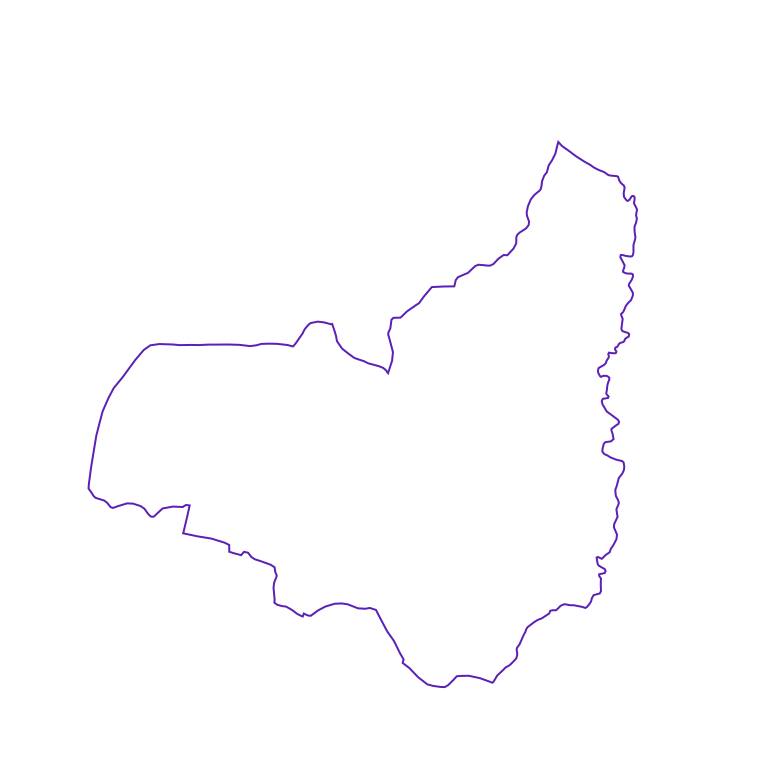 Binh Long, Bình Phước, Vietnam, rotated 105°
{"feature_id": "81297802B43417057118199", "entity_name": "Binh Long", "entity_type": "district", "adm_level": 2, "iso_a3": "VNM", "parent_name": "Vietnam", "parent_adm1": "Bình Phước", "projection": "mercator", "projection_center": [106.575, 11.671], "detail": "fine", "context": "isolated", "style": "outline", "palette": "violet", "viewbox_px": 768, "rotation_deg": 105, "n_neighbors": 0, "source": "geoboundaries", "source_scale": "gbopen_adm2", "svg_char_len": 5290}
<svg xmlns="http://www.w3.org/2000/svg" viewBox="0 0 768 768"><g transform="rotate(105 384 384)"><path d="M548.0,134.9L548.2,131.5L546.8,130.2L543.9,128.9L540.5,127.7L537.2,127.8L533.7,126.9L530.5,121.4L527.9,120.8L521.4,122.8L515.7,124.1L513.7,126.5L512.1,126.9L509.5,121.9L507.4,121.5L505.6,122.9L504.9,125.9L503.8,129.8L502.1,131.3L496.6,133.7L495.7,132.5L496.5,128.4L491.6,125.5L488.2,122.5L484.7,122.3L480.1,120.7L473.6,119.3L469.1,120.0L462.8,124.9L459.6,125.4L451.8,124.0L450.0,124.9L444.8,127.1L439.9,126.4L437.9,126.4L435.3,128.1L432.3,130.9L430.8,131.6L426.5,133.2L422.3,132.8L414.2,132.9L408.7,130.6L405.1,130.0L402.0,130.4L397.8,132.2L396.8,134.0L397.0,140.2L396.2,146.6L395.2,149.7L394.7,152.9L393.3,154.9L392.4,155.8L388.8,156.2L385.0,156.2L383.0,155.3L380.6,149.8L377.7,148.0L373.2,150.2L369.6,152.5L368.2,152.5L363.5,148.8L361.7,147.2L359.5,147.2L357.9,149.0L352.9,161.7L347.1,167.7L344.2,169.2L341.7,168.8L339.5,164.0L337.9,163.8L336.5,166.1L335.6,166.9L332.0,167.2L327.5,167.9L324.3,167.9L321.7,167.5L319.6,168.0L318.7,170.0L318.6,171.2L319.4,174.5L320.9,176.1L320.7,177.1L318.2,179.6L316.4,180.6L315.5,180.9L313.0,180.8L308.9,176.6L306.8,175.3L303.6,174.9L300.3,173.8L299.0,174.0L297.0,175.1L295.5,174.8L295.3,172.7L294.8,169.8L294.3,168.2L292.8,167.8L291.9,168.6L290.7,169.9L288.9,169.9L287.7,168.3L284.5,167.4L283.3,166.6L281.5,163.7L280.4,163.0L278.4,162.9L277.1,162.1L274.7,159.9L272.3,160.1L271.5,161.8L271.4,165.2L271.3,166.5L270.9,167.7L270.2,168.4L269.2,169.0L264.0,169.7L259.4,170.3L256.1,172.7L255.1,173.2L252.6,171.6L249.7,171.1L245.9,170.6L242.7,169.3L239.0,167.1L234.2,166.5L231.5,167.2L228.1,170.5L225.7,173.0L224.0,173.2L219.3,171.7L216.2,171.3L214.0,171.8L213.5,172.7L213.4,173.9L214.3,177.1L214.4,179.6L213.9,182.0L212.8,182.4L209.5,182.1L207.1,182.3L204.5,184.6L200.3,188.6L198.2,188.7L197.7,187.4L197.7,183.3L197.0,178.5L196.2,177.4L195.0,177.0L192.3,177.1L185.2,179.0L178.7,178.9L176.4,179.4L172.9,181.0L168.8,182.4L166.1,182.7L163.5,182.3L158.9,182.5L155.8,184.2L153.2,184.5L150.2,184.7L149.0,185.5L146.2,188.0L145.0,189.2L139.5,190.0L138.1,190.9L137.9,191.7L137.9,192.3L138.3,193.1L139.9,193.7L142.5,194.6L144.1,196.0L143.9,197.1L143.3,198.0L141.0,200.7L137.5,201.9L132.0,202.4L130.3,203.6L128.4,207.4L126.3,209.6L123.2,211.5L123.0,213.2L124.1,219.5L124.1,221.4L122.3,226.3L121.7,232.1L120.5,237.5L119.0,241.4L117.4,247.8L114.4,257.2L110.4,267.3L108.1,273.6L105.1,278.3L108.9,278.3L117.1,278.1L124.5,279.6L130.2,281.5L137.4,281.5L141.3,283.2L147.2,283.8L151.4,283.2L154.4,283.0L156.5,283.5L162.3,287.6L167.6,290.0L175.3,291.0L181.3,290.6L184.4,289.5L189.6,285.9L193.0,285.4L197.0,287.1L202.5,292.1L205.2,293.8L208.0,294.2L212.1,293.1L214.1,292.7L219.5,293.9L224.0,296.2L227.7,298.2L228.5,301.9L233.5,306.0L239.7,309.3L242.1,312.0L242.8,314.6L244.3,323.5L246.4,326.4L255.0,331.7L258.7,336.5L261.8,340.3L265.2,341.6L269.7,341.4L271.4,341.4L271.5,341.4L274.5,352.0L278.0,362.9L288.9,368.0L296.7,371.0L300.9,374.7L307.8,380.5L315.6,385.2L317.7,392.1L320.0,393.4L328.5,392.3L333.5,393.1L335.2,392.7L339.0,390.4L350.9,383.6L359.5,382.2L372.5,382.9L371.6,384.2L370.5,385.2L369.2,387.7L368.7,388.9L368.1,393.3L368.1,402.9L368.1,404.7L367.2,409.0L366.6,418.5L366.4,419.7L364.2,425.5L361.0,432.9L360.4,434.0L355.9,439.2L354.8,440.5L353.4,441.2L349.9,442.8L345.1,445.8L339.4,449.6L340.0,450.6L340.0,458.0L340.9,464.1L344.1,470.6L346.6,472.5L351.7,474.8L356.5,475.8L368.1,480.0L371.3,481.6L371.3,487.4L372.9,497.7L374.7,505.1L377.0,512.8L379.5,517.0L382.0,522.9L383.6,533.8L386.2,544.8L389.4,556.4L391.2,563.2L394.4,573.2L396.0,579.7L397.1,583.6L399.4,591.7L400.4,597.8L403.5,611.2L407.1,619.7L413.2,624.8L425.2,630.5L444.8,638.1L457.9,644.0L468.8,646.5L483.1,648.7L494.2,648.7L508.7,648.5L539.9,645.4L557.0,643.2L561.5,642.3L564.5,638.6L567.3,635.6L568.6,633.2L569.0,624.0L570.5,620.5L573.7,616.2L573.9,613.8L570.9,609.4L565.8,601.3L564.5,595.4L564.9,587.6L566.5,583.1L570.4,578.4L572.2,575.4L572.3,573.7L571.7,572.0L564.7,567.7L561.5,565.6L557.0,556.0L554.9,546.5L553.7,545.6L552.1,543.9L551.6,540.3L562.6,539.8L580.2,539.3L579.4,524.5L578.0,511.0L578.5,497.2L579.5,491.9L586.1,490.0L586.3,485.3L586.3,477.7L582.3,475.7L582.2,471.5L585.5,467.3L586.7,463.5L587.0,457.7L587.9,446.8L589.4,442.2L593.5,440.5L596.9,438.0L598.5,438.0L604.2,438.7L609.3,438.0L620.7,433.8L623.6,433.3L624.9,429.7L624.9,424.5L624.3,421.1L626.1,414.2L628.5,408.4L629.4,404.2L629.6,402.3L626.5,402.0L627.3,397.7L626.9,394.8L619.9,389.2L614.2,383.1L609.0,374.7L606.9,368.0L606.2,362.1L607.4,351.0L605.9,343.7L604.0,339.9L604.3,333.3L615.9,322.7L622.4,316.6L629.5,308.0L640.4,298.4L644.9,293.8L648.6,293.8L651.8,286.0L658.4,275.1L662.9,264.4L662.9,258.5L662.0,251.0L661.0,246.8L658.3,244.1L651.8,240.3L647.5,238.1L646.4,235.2L643.9,226.7L643.3,215.2L644.0,206.8L644.2,204.6L644.3,204.4L644.5,202.0L643.3,201.2L640.4,200.3L636.5,199.3L629.6,195.0L626.4,193.2L622.9,189.7L618.6,187.2L614.8,185.2L611.1,185.2L609.0,185.9L606.0,187.2L604.2,187.2L600.4,185.7L592.9,184.5L590.5,184.2L587.0,183.3L583.9,183.1L581.6,182.3L575.1,177.3L572.2,174.6L569.4,170.8L564.8,166.7L563.0,165.1L561.3,164.8L560.1,164.7L559.4,163.6L558.6,161.7L558.1,159.4L556.3,158.1L552.5,156.0L550.0,152.8L549.8,150.7L549.5,147.0L548.6,143.4L548.3,139.4L548.0,134.9Z" fill="none" stroke="#5b21b6" stroke-width="2"/></g></svg>